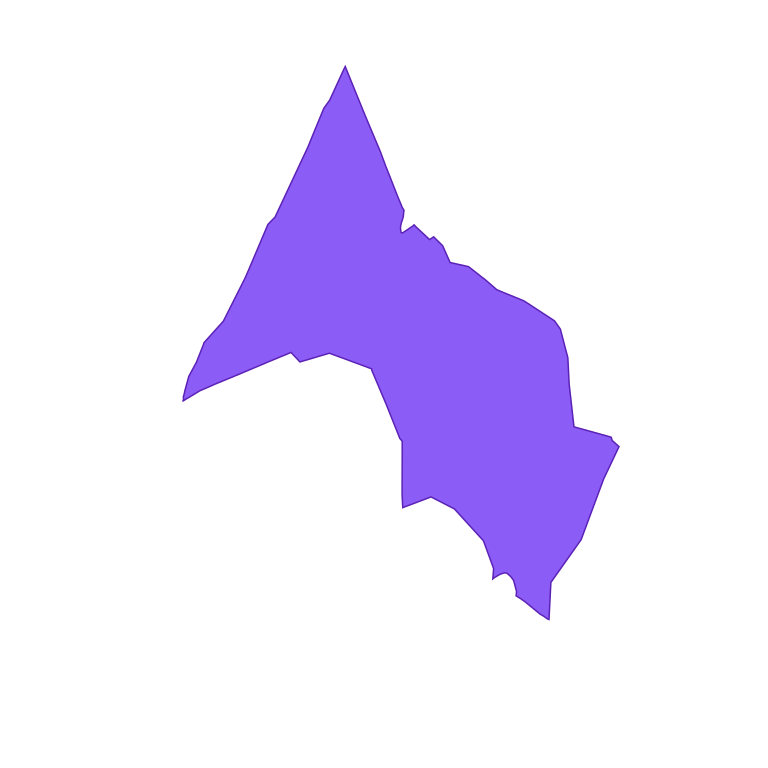 outline of Ad Dali, Sennar, Sudan, rotated 147°
{"feature_id": "16777658B21682317034415", "entity_name": "Ad Dali", "entity_type": "district", "adm_level": 2, "iso_a3": "SDN", "parent_name": "Sudan", "parent_adm1": "Sennar", "projection": "orthographic", "projection_center": [33.523, 12.54], "detail": "fine", "context": "isolated", "style": "filled", "palette": "violet", "viewbox_px": 768, "rotation_deg": 147, "n_neighbors": 0, "source": "geoboundaries", "source_scale": "gbopen_adm2", "svg_char_len": 1609}
<svg xmlns="http://www.w3.org/2000/svg" viewBox="0 0 768 768"><g transform="rotate(147 384 384)"><path d="M435.6,270.1L406.1,263.7L393.0,240.9L386.0,198.3L392.6,169.5L398.9,161.3L397.0,161.5L390.4,161.2L386.1,160.1L384.0,158.5L382.6,153.6L382.3,148.6L385.9,137.7L388.6,134.4L386.9,130.8L384.5,125.1L378.5,106.2L376.5,102.2L375.0,98.2L373.9,96.6L352.1,126.7L303.4,146.1L251.1,185.0L239.8,191.9L221.0,203.5L223.4,212.3L222.8,214.3L222.5,215.7L222.6,215.8L222.8,216.0L223.7,217.1L224.9,218.5L248.0,244.6L228.8,283.0L215.5,305.9L206.2,334.0L206.6,344.1L221.3,377.4L235.1,397.3L238.1,401.8L242.2,416.1L244.0,421.2L249.2,436.4L262.4,449.9L259.5,468.0L262.2,480.4L267.1,480.3L271.5,498.0L272.1,501.1L272.4,501.1L273.4,500.8L286.4,500.6L287.1,502.0L285.1,506.1L283.2,508.2L281.6,509.7L278.9,511.9L276.7,513.8L275.2,515.7L273.7,517.6L272.7,518.6L272.5,522.2L270.3,534.2L266.0,555.2L263.6,567.2L263.5,567.5L260.5,580.8L253.7,618.8L243.6,671.4L245.8,670.1L266.8,656.8L274.9,651.7L284.3,648.0L307.1,632.3L318.4,624.4L384.5,583.3L391.0,581.9L394.5,581.0L436.0,553.0L443.0,548.4L484.5,524.2L512.5,516.7L513.7,515.6L529.5,504.4L540.3,498.5L543.6,496.7L554.7,486.8L556.9,484.6L559.3,482.5L559.4,482.4L559.5,482.2L559.9,481.3L560.1,480.9L560.2,480.7L560.4,480.6L560.5,480.4L561.8,479.3L561.8,479.2L556.7,479.1L554.8,479.0L542.1,478.6L536.9,477.7L527.7,476.2L525.7,475.9L499.5,471.0L470.2,465.8L444.8,461.1L442.5,448.3L413.1,439.6L396.2,417.0L386.1,403.4L386.8,402.1L393.2,365.9L399.3,335.1L400.4,329.8L399.9,326.1L404.3,319.3L417.9,298.5L429.2,281.2L435.6,270.1Z" fill="#8b5cf6" stroke="#5b21b6" stroke-width="1.5"/></g></svg>